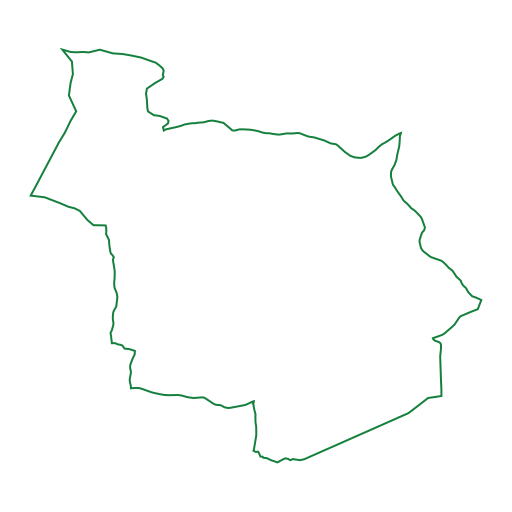 Ohimini, Benue, Nigeria (orthographic projection)
{"feature_id": "59680162B2835516393243", "entity_name": "Ohimini", "entity_type": "district", "adm_level": 2, "iso_a3": "NGA", "parent_name": "Nigeria", "parent_adm1": "Benue", "projection": "orthographic", "projection_center": [7.932, 7.257], "detail": "fine", "context": "isolated", "style": "outline", "palette": "green", "viewbox_px": 512, "rotation_deg": 0, "n_neighbors": 0, "source": "geoboundaries", "source_scale": "gbopen_adm2", "svg_char_len": 4187}
<svg xmlns="http://www.w3.org/2000/svg" viewBox="0 0 512 512"><path d="M74.3,208.2L79.8,210.9L87.4,220.0L93.5,225.2L105.6,225.4L106.2,227.6L106.3,230.6L106.2,232.8L106.0,233.9L107.2,236.4L108.7,239.3L109.0,240.4L109.3,244.8L109.7,247.8L110.2,251.0L110.7,253.1L111.0,253.7L112.2,254.8L112.8,255.6L113.8,257.3L113.5,257.9L113.3,258.8L112.9,259.6L113.3,262.3L114.2,267.8L114.5,269.8L114.7,271.1L114.7,274.2L114.6,278.0L114.4,280.3L114.2,281.9L114.2,284.8L114.4,286.3L114.5,287.7L116.7,293.1L117.4,297.1L116.7,302.8L116.4,305.6L116.2,306.6L114.4,309.7L113.3,312.1L112.9,315.4L112.8,317.8L112.9,319.6L113.5,323.3L113.2,325.4L112.3,328.6L111.8,330.4L110.6,332.7L110.6,333.6L111.1,336.1L111.4,339.5L111.8,341.7L111.8,343.2L115.4,343.2L117.8,344.4L120.5,344.8L122.5,345.6L124.5,348.6L129.3,349.1L134.9,350.9L134.8,352.6L134.6,354.6L132.9,358.0L131.3,362.0L130.2,365.2L130.1,368.1L130.9,371.2L130.8,373.5L130.0,377.4L129.7,380.1L130.0,382.7L130.8,385.5L130.9,388.3L135.9,387.9L138.7,388.0L140.5,388.4L143.2,389.3L151.3,392.2L154.0,392.9L160.5,394.3L164.6,395.0L169.3,395.2L178.1,395.0L181.5,395.5L186.5,396.9L190.1,397.6L193.5,398.0L201.5,397.4L203.5,397.5L205.0,398.1L208.8,400.6L213.2,403.6L215.3,404.6L217.8,405.0L219.6,405.0L221.6,405.6L224.3,407.2L227.7,408.0L230.4,407.8L235.2,406.9L240.4,405.9L244.6,405.1L246.9,404.3L252.1,401.8L253.8,401.2L253.8,401.8L253.7,402.2L253.4,403.0L252.9,403.8L253.4,404.1L253.6,405.5L253.8,407.1L254.3,409.7L255.5,414.2L255.4,416.8L255.5,422.4L256.2,426.7L256.3,435.2L254.0,449.0L253.5,450.8L255.7,451.9L258.2,451.7L259.7,454.8L260.5,456.6L262.6,456.7L263.4,457.8L266.7,458.1L269.6,459.5L271.5,460.4L273.8,461.1L277.5,462.4L281.2,460.3L285.2,458.3L288.0,458.9L290.3,460.2L292.8,459.1L300.1,460.2L304.3,459.2L408.5,413.1L417.5,406.2L428.1,398.0L441.4,396.0L441.4,389.8L440.9,378.1L440.2,356.6L441.0,348.4L441.0,345.1L440.5,343.3L439.1,342.1L434.9,340.7L433.4,339.4L432.9,338.2L438.6,336.2L442.3,334.8L444.3,333.6L452.4,326.6L454.5,324.6L459.3,317.5L460.6,316.2L471.0,311.8L477.8,309.2L481.3,300.0L475.3,297.3L472.2,296.3L468.0,291.8L466.7,289.2L465.8,287.9L463.0,285.3L461.7,283.2L460.8,280.8L458.7,278.7L456.5,276.8L454.9,274.3L452.8,271.1L451.5,269.9L450.0,268.8L448.6,267.7L446.8,265.6L444.9,263.7L443.5,262.3L442.2,261.3L441.0,260.6L436.1,258.9L431.2,257.2L429.9,256.4L425.1,252.7L423.1,251.1L421.7,249.2L420.9,247.7L420.1,244.2L419.5,241.7L419.8,239.2L421.8,233.2L422.6,231.9L424.1,230.4L424.9,227.7L424.6,226.5L421.9,218.9L421.0,217.2L419.4,215.4L417.5,213.4L415.2,211.1L413.6,209.8L411.4,208.4L408.3,204.9L406.4,203.0L404.3,201.3L403.0,199.7L401.3,196.8L397.4,191.4L394.5,186.8L393.0,184.7L392.5,183.0L391.8,180.1L390.9,176.2L391.1,171.7L392.0,169.5L394.5,165.1L396.4,160.0L397.2,155.0L399.2,146.4L399.5,143.6L399.8,139.0L399.8,137.2L400.0,135.8L400.8,133.4L400.9,133.0L399.6,133.5L395.3,135.7L388.2,140.7L386.3,141.9L383.3,143.6L382.3,144.0L378.9,146.7L376.5,149.1L375.5,150.1L369.0,154.8L366.1,156.5L362.6,157.6L360.4,157.9L357.7,157.7L354.4,157.3L350.2,155.8L344.8,151.9L337.4,145.2L335.8,144.2L330.7,143.4L324.1,140.4L318.0,138.6L314.6,137.5L308.2,136.5L303.4,134.7L300.2,133.4L298.3,133.0L296.6,133.1L292.3,133.5L286.6,133.4L283.9,133.9L279.3,134.6L276.3,134.4L272.2,133.8L269.8,133.3L266.0,133.2L262.3,132.5L258.0,131.1L253.5,130.2L250.1,129.7L242.2,129.3L239.3,129.4L234.6,130.6L233.0,130.5L232.0,130.2L230.3,128.6L224.0,123.3L223.4,122.8L221.1,122.4L217.6,121.5L213.1,120.7L210.8,120.7L208.0,121.1L205.7,121.8L203.3,122.4L200.9,122.5L197.9,122.7L195.2,123.2L192.6,123.2L190.0,123.5L184.5,124.5L181.4,125.7L176.2,127.1L170.2,128.4L165.8,129.4L163.8,130.5L163.0,127.1L165.2,125.5L167.9,123.6L168.6,121.0L166.9,118.5L159.5,115.9L153.9,115.2L148.1,111.5L147.4,108.6L146.8,98.9L146.0,93.6L146.9,88.6L155.1,83.0L162.6,78.7L163.6,76.7L162.8,75.2L163.7,70.7L162.5,68.2L159.1,65.2L155.6,62.6L151.9,61.4L140.9,57.5L130.7,55.4L122.5,54.0L113.0,53.4L99.8,49.7L94.1,51.1L88.7,52.4L83.7,52.0L79.8,52.1L76.7,52.3L70.7,52.0L62.3,49.6L71.9,61.5L72.9,74.1L70.6,82.9L68.9,95.5L76.2,111.3L70.5,121.0L67.1,128.1L64.6,133.1L59.2,141.9L34.5,188.6L32.9,191.5L30.7,195.6L44.7,197.3L59.3,202.9L68.8,206.9L74.3,208.2Z" fill="none" stroke="#15803d" stroke-width="2"/></svg>